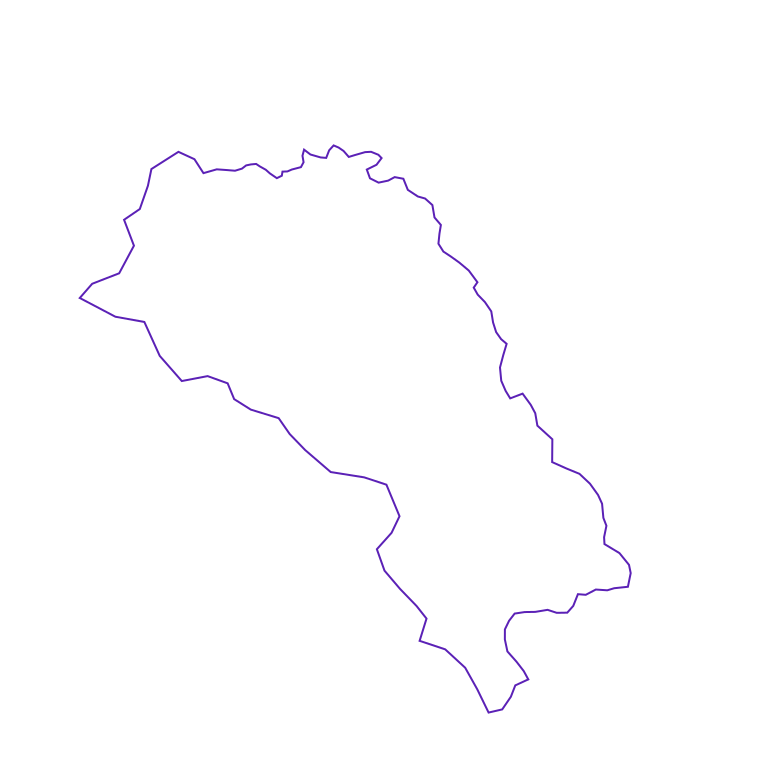 outline of Lefkosia, Nicosia, Cyprus, rotated 46°
{"feature_id": "46923920B2904001069887", "entity_name": "Lefkosia", "entity_type": "district", "adm_level": 2, "iso_a3": "CYP", "parent_name": "Cyprus", "parent_adm1": "Nicosia", "projection": "robinson", "projection_center": [33.406, 35.18], "detail": "fine", "context": "isolated", "style": "outline", "palette": "violet", "viewbox_px": 768, "rotation_deg": 46, "n_neighbors": 0, "source": "geoboundaries", "source_scale": "gbopen_adm2", "svg_char_len": 1898}
<svg xmlns="http://www.w3.org/2000/svg" viewBox="0 0 768 768"><g transform="rotate(46 384 384)"><path d="M74.2,370.6L67.8,402.0L77.4,416.1L88.5,438.1L85.3,456.9L110.8,467.8L120.4,497.6L114.2,512.3L109.2,524.3L110.8,543.1L149.0,530.5L172.9,513.3L208.0,525.8L241.4,527.4L255.8,505.4L274.9,496.0L290.8,502.3L309.9,497.6L335.4,483.5L354.5,486.6L376.8,486.6L410.3,483.5L437.4,463.1L458.1,452.2L489.9,464.7L496.3,481.9L497.9,503.9L518.6,513.3L542.5,514.8L566.4,514.8L582.3,516.4L593.5,536.8L617.4,524.3L644.5,522.7L668.4,529.0L693.0,537.0L700.2,525.0L697.1,510.0L692.0,498.9L696.7,485.4L687.6,482.9L675.8,481.6L662.1,481.0L651.7,474.5L644.5,467.5L641.2,458.5L639.9,449.5L645.8,441.2L653.0,433.5L660.1,423.2L668.6,418.7L675.8,411.0L675.1,402.0L669.9,390.5L675.8,385.3L679.0,374.4L687.5,366.7L690.8,360.3L699.3,349.4L691.4,337.9L684.3,333.4L669.2,332.1L652.3,336.6L647.1,332.1L640.5,322.5L632.7,319.2L621.6,310.3L612.5,307.1L598.8,305.1L584.4,305.8L571.4,311.5L557.0,317.3L540.7,301.3L520.5,302.6L510.1,295.5L500.9,292.9L487.2,291.0L482.0,303.2L473.5,301.3L463.1,297.4L452.7,289.1L446.1,278.2L440.3,267.9L433.1,268.6L424.6,267.3L415.5,262.8L406.3,256.4L395.2,254.5L384.8,254.5L377.0,252.5L375.7,246.1L361.3,244.2L348.9,245.5L338.5,247.4L330.0,249.3L320.9,247.4L314.4,239.7L309.1,232.6L299.3,232.0L288.9,224.9L279.1,225.6L272.6,229.4L260.9,232.0L249.8,227.5L242.6,232.6L240.6,239.7L235.4,248.0L226.3,251.2L217.8,247.4L221.1,237.1L219.8,228.8L215.2,228.8L208.0,232.0L204.1,236.5L199.1,245.9L196.2,251.6L188.3,251.2L182.4,252.4L177.4,254.5L177.8,261.1L181.2,268.5L177.0,272.2L167.8,277.5L159.9,278.7L163.2,284.1L168.6,287.8L170.3,293.1L165.7,301.3L164.0,305.8L160.7,309.5L163.2,312.8L161.5,318.1L153.2,319.8L147.8,320.2L141.1,322.2L136.9,323.1L133.6,327.2L131.0,331.3L130.4,336.6L127.1,343.0L120.3,349.0L113.4,355.2L106.9,367.4L90.6,364.2L74.2,370.6Z" fill="none" stroke="#5b21b6" stroke-width="2"/></g></svg>